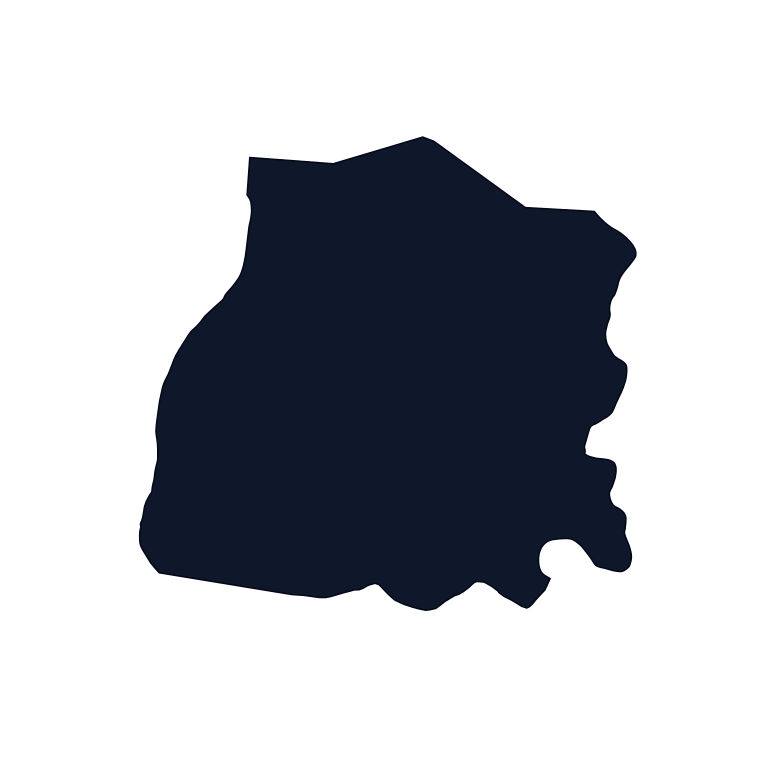 Lauterique, La Paz, Honduras, rotated 164°
{"feature_id": "27666195B69493881597747", "entity_name": "Lauterique", "entity_type": "district", "adm_level": 2, "iso_a3": "HND", "parent_name": "Honduras", "parent_adm1": "La Paz", "projection": "robinson", "projection_center": [-87.665, 13.861], "detail": "fine", "context": "isolated", "style": "filled", "palette": "ink", "viewbox_px": 768, "rotation_deg": 164, "n_neighbors": 0, "source": "geoboundaries", "source_scale": "gbopen_adm2", "svg_char_len": 6171}
<svg xmlns="http://www.w3.org/2000/svg" viewBox="0 0 768 768"><g transform="rotate(164 384 384)"><path d="M652.1,264.5L530.6,207.0L519.7,203.1L505.0,196.6L498.7,194.8L493.7,194.4L487.0,194.4L480.5,194.5L474.9,194.3L469.4,194.3L464.7,193.1L460.2,193.5L455.1,194.8L452.8,194.9L447.5,194.9L444.0,192.4L440.4,185.5L437.2,179.6L433.3,173.5L426.1,167.1L418.0,161.6L412.2,158.1L406.2,155.0L402.6,154.4L396.1,154.0L391.0,155.9L385.0,158.3L374.5,161.1L369.7,161.3L364.8,162.6L358.3,165.2L352.4,168.2L349.2,168.6L342.2,165.9L336.2,159.8L331.8,154.0L330.8,151.5L327.1,146.7L322.0,142.1L317.0,136.9L312.9,132.3L308.5,129.3L305.8,129.8L302.2,131.5L297.7,134.7L286.1,141.7L277.9,151.2L279.5,152.8L281.0,154.3L281.8,155.2L282.6,156.1L283.4,157.3L284.1,158.6L284.6,159.8L284.9,160.8L285.1,162.2L285.2,163.6L285.2,165.3L285.1,166.5L284.9,168.2L284.6,169.9L284.0,172.1L283.5,174.0L282.8,175.7L282.2,177.1L281.3,178.8L280.4,180.1L279.3,181.6L278.1,183.0L276.9,184.1L275.9,184.9L274.7,185.7L273.2,186.5L271.5,187.2L270.5,187.5L269.2,187.8L268.3,187.9L266.9,188.0L265.4,188.0L262.4,187.6L258.8,187.0L254.6,186.1L251.6,185.3L249.6,184.7L248.1,184.0L247.1,183.5L246.3,183.0L245.6,182.5L245.0,181.9L244.0,180.9L243.2,180.1L242.3,178.9L241.0,177.1L239.9,175.4L239.1,174.1L238.4,172.7L237.9,171.6L237.0,169.4L234.5,163.2L233.8,161.2L232.7,158.1L231.7,154.4L231.4,153.5L231.0,152.6L230.6,151.7L230.2,151.1L229.6,150.4L228.6,149.7L226.9,148.4L222.8,146.2L215.5,141.7L213.6,140.7L210.3,139.2L209.4,138.9L208.5,138.6L207.5,138.4L206.7,138.3L205.7,138.4L204.8,138.5L203.0,139.0L202.0,139.4L200.7,139.9L199.3,140.7L198.7,141.1L198.2,141.6L197.5,142.5L196.8,143.5L195.4,145.9L194.5,147.8L194.1,148.9L193.8,149.8L193.4,151.5L193.1,153.6L193.0,154.9L192.9,158.3L193.0,160.8L193.1,162.2L193.8,168.9L194.0,171.0L194.0,173.1L194.0,174.0L193.8,175.1L193.4,176.0L192.2,178.3L191.6,179.7L190.8,181.7L189.9,183.9L189.1,186.4L188.6,187.8L188.4,188.7L188.3,189.7L188.3,190.3L188.3,191.3L188.6,192.7L188.7,193.3L189.0,194.2L189.3,194.7L189.7,195.6L190.9,197.4L192.3,199.3L193.4,200.4L195.2,202.0L196.2,203.2L196.8,204.1L197.3,205.2L197.6,206.3L197.9,207.6L198.1,208.9L198.2,210.3L198.3,211.7L198.2,212.9L198.1,214.2L197.9,215.4L197.7,216.1L197.5,216.8L197.2,217.5L196.8,218.1L196.2,218.9L195.5,219.8L193.5,221.8L192.4,223.2L190.8,225.5L188.7,228.6L187.3,230.9L186.6,232.5L186.0,233.8L185.2,235.6L184.6,237.5L184.3,238.7L184.1,239.7L184.0,240.8L184.0,241.9L184.1,243.0L184.2,243.7L184.5,244.6L184.9,245.4L185.3,246.0L185.9,246.6L187.0,247.6L187.9,248.4L188.8,249.0L191.6,250.4L193.6,251.3L199.1,253.5L200.9,254.3L201.6,254.7L204.3,256.3L206.3,257.5L207.6,258.5L208.8,259.7L209.4,260.3L209.9,261.0L210.0,261.3L210.1,261.9L210.0,262.4L209.4,263.4L209.2,263.9L209.1,264.6L208.9,265.6L208.9,267.2L208.8,268.0L208.5,268.7L207.8,270.0L201.3,280.5L200.2,282.2L199.3,283.5L198.4,284.8L197.7,285.5L197.2,285.9L196.5,286.4L195.8,286.7L195.0,286.9L194.0,287.2L191.7,287.4L189.5,287.9L187.3,288.5L183.6,289.7L180.0,290.6L178.6,291.0L177.0,291.6L175.4,292.3L173.9,293.1L173.1,293.7L172.4,294.2L171.8,294.8L170.5,296.2L166.3,301.5L163.5,304.7L159.9,308.8L157.1,312.0L155.0,314.7L153.3,317.2L151.2,320.3L150.6,321.3L149.9,322.7L148.9,324.8L147.9,327.3L147.0,329.9L146.5,331.5L146.1,333.6L146.0,334.4L146.1,335.2L146.2,335.9L146.7,337.2L147.1,338.0L147.8,339.1L148.8,340.3L149.9,341.6L151.9,343.6L153.4,345.5L154.8,347.2L155.0,347.8L155.4,348.6L156.6,352.8L157.6,356.8L158.3,359.7L158.5,361.2L158.5,362.3L158.5,364.2L158.2,366.9L158.0,368.0L157.7,369.6L157.4,371.0L157.1,371.9L156.6,373.0L156.0,374.4L153.9,378.1L152.9,379.8L151.9,381.3L150.0,383.9L149.2,385.0L148.6,386.1L148.1,387.0L147.6,388.3L147.3,389.3L146.9,392.6L146.6,393.7L146.2,395.0L145.7,396.3L144.9,398.1L143.7,400.2L143.1,401.3L142.2,402.4L141.3,403.4L140.3,404.3L138.5,405.6L137.6,406.4L137.0,407.2L134.8,410.1L133.3,412.4L132.0,414.6L130.8,416.9L129.9,418.2L128.7,419.9L127.2,421.6L124.9,423.7L122.5,425.6L119.2,428.0L115.2,430.7L113.3,432.1L109.5,435.0L108.4,435.9L107.3,437.0L106.7,437.8L106.3,438.9L105.8,440.2L105.6,441.5L105.5,442.6L105.5,444.0L105.7,445.2L106.1,446.9L106.4,448.3L106.9,449.6L107.4,451.0L108.0,452.5L109.6,455.5L110.4,457.1L111.3,458.6L113.1,461.2L114.7,463.4L116.1,465.1L116.8,466.0L120.0,469.2L122.9,472.4L124.4,474.3L125.8,476.2L126.7,477.5L127.9,479.5L130.3,483.5L132.4,487.7L134.3,491.9L199.5,514.6L269.1,603.5L278.7,610.7L372.1,609.7L450.6,638.7L463.5,603.4L462.7,601.3L462.1,599.1L462.0,598.2L461.9,597.2L461.8,596.4L461.8,595.5L462.0,594.3L462.6,590.6L462.8,589.8L463.5,587.1L464.6,584.0L465.6,581.6L466.6,579.5L467.6,577.5L469.2,574.7L470.5,572.1L478.8,552.4L481.7,545.7L482.5,544.0L484.2,540.7L486.5,536.4L488.4,533.3L490.1,530.9L491.3,529.3L492.9,527.5L494.4,526.0L495.8,524.8L498.3,522.8L501.4,520.5L504.4,518.4L509.0,515.5L510.3,514.6L511.0,514.1L512.0,513.3L512.9,512.4L514.5,510.5L515.2,509.9L515.8,509.5L516.7,508.9L518.0,508.3L525.3,504.8L536.1,499.3L537.4,498.6L538.5,497.8L542.9,494.5L544.0,493.7L546.9,491.9L549.1,490.6L550.7,489.8L553.3,488.6L554.6,487.9L555.9,487.0L558.9,484.6L564.5,479.6L572.1,472.8L574.2,470.7L575.8,469.2L577.3,467.5L578.8,465.8L579.7,464.6L582.6,460.7L586.3,455.8L588.6,452.9L589.8,451.6L593.6,447.5L595.3,445.4L596.2,444.1L597.5,442.2L598.5,440.5L600.6,436.5L604.3,429.6L606.5,424.8L612.5,411.2L614.5,406.3L615.6,403.3L616.2,401.5L616.7,399.2L617.0,397.3L617.4,394.1L617.8,391.5L618.2,389.0L618.8,386.4L619.3,384.2L620.4,380.4L621.6,376.2L622.1,374.6L622.8,372.8L623.9,370.8L626.0,367.2L627.4,364.6L628.6,362.1L631.0,356.4L632.1,354.2L633.5,351.8L634.8,349.3L635.6,347.6L636.4,345.5L636.9,344.5L637.2,344.1L637.7,343.5L638.1,343.2L638.8,342.7L639.9,341.8L640.7,341.0L642.2,339.4L644.6,336.9L645.6,335.6L646.6,334.2L648.0,332.1L648.7,330.7L650.8,326.1L652.3,323.1L652.9,322.0L653.6,320.8L654.3,319.7L655.1,318.7L656.1,317.6L656.4,317.1L656.7,316.5L656.8,316.0L656.9,315.6L657.0,314.4L657.2,313.4L657.6,312.7L658.6,311.0L659.3,309.6L659.9,307.9L660.7,305.5L661.8,301.3L662.1,299.7L662.4,297.9L662.5,296.6L662.4,295.6L662.3,294.5L662.1,293.1L661.6,290.9L659.0,281.5L657.9,277.5L657.6,276.4L657.4,276.0L655.1,270.7L652.7,265.8L652.1,264.5Z" fill="#0f172a" stroke="#020617" stroke-width="1.5"/></g></svg>